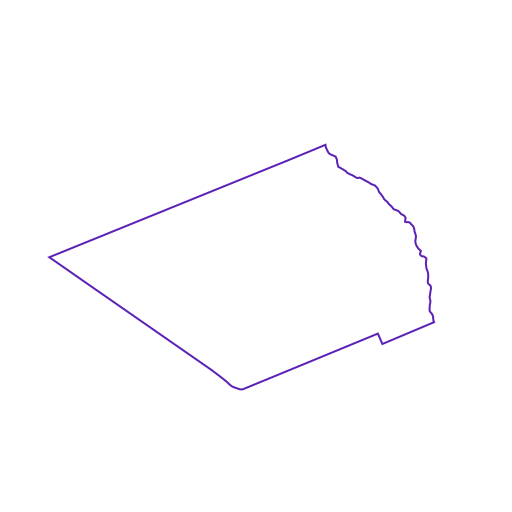 the district of Ituzaingó, Buenos Aires, Argentina, rotated 113°
{"feature_id": "61730980B5073290621442", "entity_name": "Ituzaingó", "entity_type": "district", "adm_level": 2, "iso_a3": "ARG", "parent_name": "Argentina", "parent_adm1": "Buenos Aires", "projection": "robinson", "projection_center": [-58.708, -34.64], "detail": "fine", "context": "isolated", "style": "outline", "palette": "violet", "viewbox_px": 512, "rotation_deg": 113, "n_neighbors": 0, "source": "geoboundaries", "source_scale": "gbopen_adm2", "svg_char_len": 1723}
<svg xmlns="http://www.w3.org/2000/svg" viewBox="0 0 512 512"><g transform="rotate(113 256 256)"><path d="M126.5,235.5L154.3,262.8L337.9,445.8L347.2,401.5L378.4,252.0L381.5,239.9L383.3,233.5L384.8,229.5L385.1,228.4L385.4,227.0L385.5,225.2L385.3,222.7L385.0,218.9L384.6,217.5L384.0,216.2L279.8,113.5L287.6,105.3L247.3,66.2L246.1,67.5L244.9,68.1L243.8,68.8L242.8,69.1L242.0,69.8L240.7,71.2L239.7,73.1L239.1,74.2L238.5,74.8L236.5,75.8L235.0,76.2L233.9,76.6L232.5,77.1L231.2,77.2L229.0,78.0L227.6,79.1L226.9,79.6L226.2,80.1L224.5,80.5L222.6,81.0L220.9,81.4L219.1,81.9L217.1,82.3L215.1,83.8L214.6,85.5L214.2,86.5L213.3,87.5L212.0,88.0L210.6,88.5L208.3,89.1L206.8,89.8L204.4,91.0L202.4,92.7L200.9,94.2L197.6,96.1L196.6,96.7L192.5,97.9L191.5,98.4L190.8,101.4L191.3,102.7L191.3,104.0L190.6,105.4L189.7,106.0L186.9,106.2L186.1,108.3L185.8,109.4L184.9,110.6L184.4,111.6L183.8,112.3L183.2,112.9L182.4,113.7L180.8,114.8L180.1,115.1L178.1,115.7L175.9,116.2L174.4,117.1L173.0,118.2L171.6,119.6L170.5,120.2L169.4,120.8L167.2,122.8L166.6,124.4L165.9,126.0L165.3,127.0L165.2,128.8L166.0,130.7L166.2,132.2L162.4,133.2L161.5,134.4L160.9,135.7L160.8,137.4L160.6,138.9L159.0,142.4L159.0,146.0L159.2,147.5L157.6,150.2L156.0,154.6L155.0,155.9L154.2,158.7L153.5,160.4L152.4,161.7L149.8,166.0L149.5,167.0L148.9,167.8L146.5,170.1L146.0,171.0L145.2,172.7L144.6,174.1L144.7,175.6L144.7,177.5L144.7,178.7L144.3,180.2L144.2,181.5L143.8,185.6L143.6,187.2L143.4,188.7L143.4,191.4L144.6,193.0L144.7,194.2L144.1,198.1L144.0,199.7L144.1,201.7L143.6,205.1L142.8,206.5L142.3,209.9L141.7,215.1L139.0,217.3L135.4,219.4L133.4,221.6L133.3,227.7L132.7,229.5L132.0,230.4L129.8,233.0L128.3,234.4L126.5,235.5Z" fill="none" stroke="#5b21b6" stroke-width="2"/></g></svg>